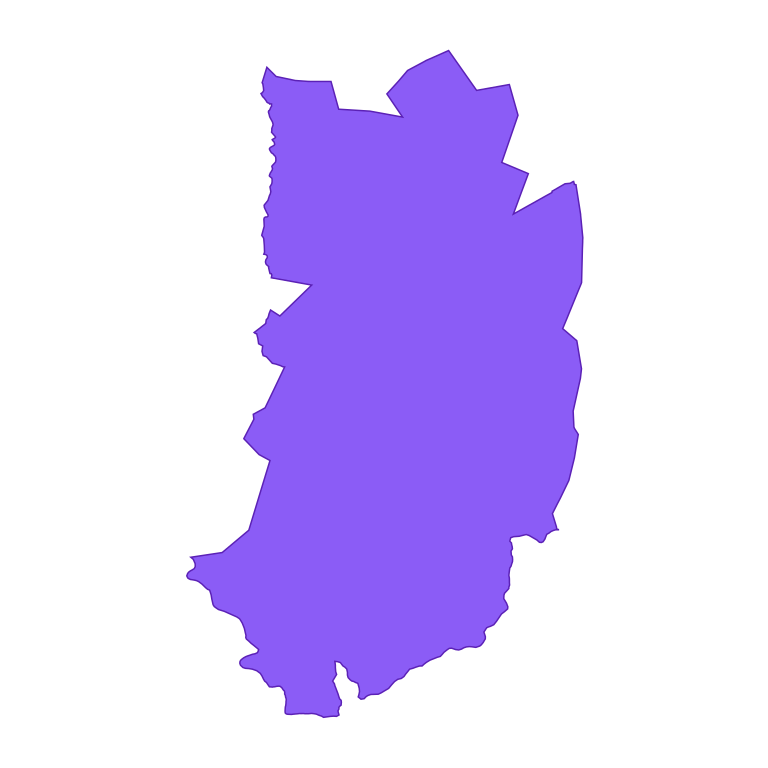 Santiago Ixtayutla, Oaxaca, Mexico (Mercator projection), rotated 88°
{"feature_id": "50627088B59377752165188", "entity_name": "Santiago Ixtayutla", "entity_type": "district", "adm_level": 2, "iso_a3": "MEX", "parent_name": "Mexico", "parent_adm1": "Oaxaca", "projection": "mercator", "projection_center": [-97.668, 16.53], "detail": "fine", "context": "isolated", "style": "filled", "palette": "violet", "viewbox_px": 768, "rotation_deg": 88, "n_neighbors": 0, "source": "geoboundaries", "source_scale": "gbopen_adm2", "svg_char_len": 6092}
<svg xmlns="http://www.w3.org/2000/svg" viewBox="0 0 768 768"><g transform="rotate(88 384 384)"><path d="M63.1,332.4L71.5,349.5L81.9,359.0L94.2,371.0L117.9,356.1L110.8,388.6L107.8,419.7L79.8,426.4L79.0,448.9L77.6,462.1L72.9,481.1L63.4,490.0L78.7,495.3L79.9,494.6L80.2,494.6L83.4,494.2L86.6,494.0L88.6,495.4L89.4,496.8L91.7,495.7L92.6,495.2L94.1,493.8L96.5,492.1L98.2,491.2L98.5,490.8L98.8,490.5L99.4,489.1L100.2,488.4L100.0,488.2L99.9,488.1L100.1,487.6L100.2,486.6L102.4,486.7L102.6,486.7L103.5,487.5L105.6,488.4L106.6,489.0L106.7,489.3L106.9,489.4L106.9,489.6L107.4,489.9L108.4,490.0L109.5,489.7L111.0,489.3L112.3,489.1L113.5,488.7L117.5,486.7L118.0,486.4L120.5,485.8L121.4,485.9L124.7,487.2L126.9,487.3L128.5,487.6L133.0,484.0L133.3,483.8L133.9,483.9L134.8,485.2L135.8,487.2L136.6,486.9L138.5,485.3L140.7,484.9L141.7,485.6L143.6,489.3L144.5,490.1L145.1,490.3L146.0,490.1L147.5,489.3L148.9,488.5L150.2,486.8L150.4,486.6L151.5,485.8L151.7,485.7L152.3,485.0L152.7,484.7L153.8,484.3L156.4,484.2L158.5,484.7L159.7,485.9L162.0,488.2L162.6,488.5L164.8,487.9L165.3,488.1L166.2,488.2L166.7,488.6L168.7,489.9L169.0,490.2L171.6,491.3L172.3,491.2L174.3,489.0L175.5,488.7L178.1,488.8L180.0,489.2L183.0,491.1L187.8,490.4L190.3,491.1L191.4,491.8L196.5,493.6L200.9,497.4L201.3,497.6L202.0,497.5L203.4,497.4L207.7,495.6L211.1,493.9L212.4,494.2L212.7,494.5L213.0,495.4L212.9,496.3L213.5,497.7L215.0,498.3L222.2,498.2L231.1,501.0L231.9,500.6L233.4,499.5L234.7,499.1L241.4,498.8L248.1,498.8L250.1,499.6L250.5,497.7L251.4,496.5L251.9,496.3L252.5,496.2L253.5,496.2L254.7,497.0L255.7,497.7L257.7,498.2L258.7,498.1L260.0,497.7L260.6,497.3L262.2,495.6L262.8,495.1L263.7,495.3L269.2,494.2L269.7,494.0L269.8,492.8L271.2,492.3L273.9,492.9L282.6,452.8L312.4,485.7L306.1,494.8L309.7,496.4L312.5,497.2L314.3,498.0L315.6,499.4L319.4,500.1L324.3,506.8L328.0,512.0L329.0,510.8L329.3,509.5L334.0,508.5L339.4,507.9L341.7,503.9L347.1,504.8L351.4,503.8L352.7,500.5L359.4,494.9L360.3,491.4L362.1,486.6L363.2,484.6L363.5,482.7L384.1,493.4L401.1,502.3L403.7,503.7L409.7,515.7L414.7,515.3L433.7,526.0L433.8,526.0L450.2,511.3L456.5,500.6L485.0,510.4L525.4,524.2L546.8,551.6L550.4,583.1L552.6,580.7L554.1,580.1L557.0,579.0L559.8,579.0L561.9,580.1L563.1,582.2L564.1,584.2L565.3,585.9L566.6,586.9L568.9,587.8L571.0,586.9L571.7,586.0L572.6,584.3L573.0,582.0L573.5,579.8L574.1,577.9L575.1,576.0L577.6,572.9L581.4,569.3L583.0,567.5L583.9,565.5L585.8,564.9L588.8,564.1L592.8,563.6L598.6,562.5L600.5,561.4L602.0,559.5L603.6,557.3L605.6,551.6L609.8,543.0L611.6,539.3L613.3,536.9L614.2,536.1L616.0,535.1L618.0,534.0L620.2,533.2L623.3,532.1L627.6,531.3L630.5,530.7L632.6,531.0L634.1,530.4L635.2,529.2L636.3,528.0L638.5,525.9L640.5,523.5L642.1,521.7L643.5,520.1L644.9,518.6L646.7,519.1L648.1,519.9L649.1,522.3L649.5,524.9L650.4,527.7L651.0,529.8L651.6,531.5L652.7,533.7L654.0,535.6L655.2,537.0L656.7,537.7L658.3,537.8L660.1,537.2L661.2,536.1L662.4,534.9L663.3,532.5L663.7,528.9L664.4,525.5L666.1,521.2L668.9,517.7L671.6,516.1L674.8,514.7L676.8,513.6L678.2,511.9L680.6,510.4L682.6,509.1L682.8,507.6L683.0,505.9L682.8,505.1L682.8,503.9L682.4,501.8L682.3,499.8L682.5,498.4L684.0,496.7L686.3,495.3L687.1,494.4L688.5,494.0L690.4,494.1L692.0,493.4L693.5,493.3L694.6,492.9L696.2,492.7L697.8,493.0L699.6,493.1L701.7,493.4L703.4,493.9L705.3,494.1L707.6,494.3L709.3,494.2L710.0,493.6L710.5,492.7L710.7,491.6L711.0,487.9L710.8,486.2L710.7,484.3L710.6,482.3L710.4,479.9L710.5,477.5L710.5,476.1L710.8,474.3L710.8,472.8L710.9,471.2L710.7,468.0L711.0,465.8L711.3,464.3L711.6,463.0L712.6,461.0L713.3,459.2L713.7,458.0L715.0,456.1L714.3,449.2L714.2,445.9L714.5,443.0L713.2,440.5L710.8,441.1L709.1,441.4L707.2,440.4L705.6,440.4L704.4,439.4L703.5,438.1L700.5,437.7L698.6,437.9L697.2,439.3L694.7,440.1L692.3,440.7L688.8,441.9L686.7,442.6L683.9,443.6L681.9,444.0L679.1,445.7L672.6,441.5L669.9,442.3L665.5,442.5L663.2,442.4L659.5,442.8L659.9,440.0L660.9,437.3L664.3,434.9L665.6,433.0L667.5,431.2L670.9,430.6L673.6,430.7L676.2,430.1L678.5,428.1L679.7,426.6L680.3,424.5L681.3,422.9L682.2,420.6L684.7,420.0L687.1,419.4L690.5,419.2L693.5,419.9L695.8,420.7L698.2,418.0L697.8,414.8L697.5,414.5L695.9,412.9L694.8,411.1L693.8,408.0L693.8,404.3L693.8,400.5L692.5,397.5L690.5,393.9L688.4,390.0L684.9,386.9L681.7,383.8L679.6,380.5L678.9,377.0L677.0,374.2L674.8,372.6L672.2,370.3L669.9,368.4L669.1,365.0L668.1,362.1L667.1,358.5L667.1,355.7L665.5,353.9L663.7,351.4L661.6,347.7L660.1,343.4L659.0,340.4L658.2,337.2L656.3,335.3L654.2,333.4L652.0,330.4L650.5,328.1L650.4,325.7L651.0,324.0L651.9,321.7L652.4,318.6L651.6,315.7L650.4,313.5L649.6,310.7L649.4,307.9L649.7,305.3L650.4,301.4L649.2,297.4L648.1,295.9L645.8,293.9L642.4,291.8L642.8,291.7L640.0,291.5L635.4,292.8L631.2,289.9L630.4,288.0L629.9,286.1L628.4,282.7L624.9,279.7L620.9,276.8L617.9,274.6L615.8,271.6L613.1,268.3L611.0,268.0L607.4,269.2L602.7,271.8L599.2,271.5L597.3,270.8L595.1,268.6L592.8,266.4L591.3,266.3L589.3,265.5L587.1,265.6L584.2,265.5L582.2,265.5L579.6,265.9L576.3,265.4L572.3,264.7L570.5,263.4L568.1,262.6L566.0,261.8L564.0,261.6L561.2,261.7L559.4,262.7L555.4,262.9L553.2,261.4L550.8,261.6L549.1,262.0L547.3,262.2L545.4,263.8L542.0,262.7L541.1,259.7L540.9,254.2L539.9,249.6L539.4,247.1L540.5,244.2L543.0,240.2L545.2,236.7L547.6,234.2L547.9,232.3L547.2,230.5L544.6,228.6L542.4,227.7L539.9,226.6L538.7,224.2L537.3,222.3L536.2,219.6L535.7,217.5L535.8,214.7L535.7,214.2L535.6,214.9L535.2,215.4L534.8,216.6L533.0,216.6L519.4,220.2L514.5,217.5L510.1,215.1L504.3,211.8L486.8,202.6L464.5,196.3L441.2,191.6L435.4,195.0L434.5,195.4L433.6,195.7L417.7,195.9L385.2,187.5L375.7,186.1L347.5,189.8L334.9,203.5L324.0,198.5L317.5,195.6L317.1,195.4L298.0,186.8L291.0,183.6L289.5,183.0L255.9,181.0L249.3,180.5L246.9,180.4L244.9,180.2L222.3,181.6L221.2,181.6L191.5,185.2L191.2,186.8L190.4,186.9L189.8,187.0L189.3,187.2L188.2,187.4L188.3,188.0L189.9,190.9L190.2,196.1L197.2,209.3L197.4,209.3L198.5,209.5L199.3,211.0L201.6,215.6L218.1,247.6L218.7,248.8L196.7,239.8L178.8,232.4L166.7,258.6L149.3,251.9L120.1,240.7L89.1,248.3L93.8,281.2L53.0,307.8L62.2,330.7L63.1,332.4Z" fill="#8b5cf6" stroke="#5b21b6" stroke-width="1.5"/></g></svg>